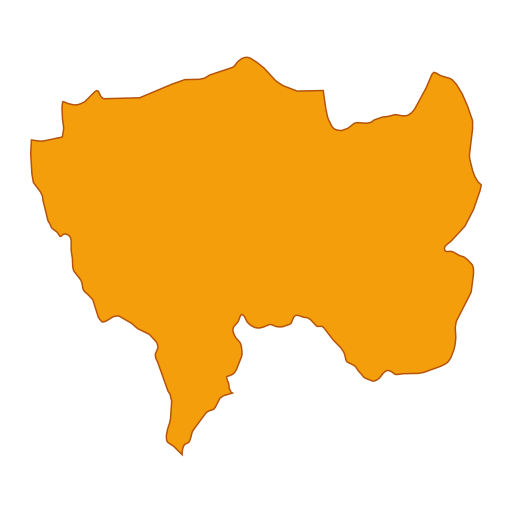 the Department of Junín
{"feature_id": "PER-590", "entity_name": "Junín", "entity_type": "Department", "adm_level": 1, "iso_a3": "PER", "parent_name": "Peru", "parent_adm1": "", "projection": "equal_earth", "projection_center": [-74.886, -11.684], "detail": "fine", "context": "isolated", "style": "filled", "palette": "amber", "viewbox_px": 512, "rotation_deg": 0, "n_neighbors": 0, "source": "natural_earth", "source_scale": "10m", "svg_char_len": 4028}
<svg xmlns="http://www.w3.org/2000/svg" viewBox="0 0 512 512"><path d="M481.3,184.9L480.0,190.7L473.5,209.6L464.9,226.2L451.2,241.0L446.2,245.1L445.1,246.4L444.4,248.0L444.7,250.2L445.7,251.2L447.0,251.6L450.3,251.3L452.1,251.6L453.6,252.2L459.4,255.5L463.8,256.9L465.1,257.8L467.7,259.9L471.7,264.1L472.4,265.1L473.0,266.7L473.4,268.6L473.5,270.7L473.5,274.1L471.3,291.0L470.9,292.7L456.6,320.7L456.0,322.6L455.4,326.8L455.3,328.5L455.8,337.0L455.5,341.3L454.9,345.6L453.9,349.8L451.1,357.1L450.2,358.7L448.3,361.5L447.1,362.7L445.8,363.7L440.9,366.2L423.7,372.4L418.4,373.4L403.5,373.7L397.3,374.5L395.2,374.4L394.0,373.6L393.4,373.0L391.2,371.5L388.8,370.6L387.5,370.5L386.5,370.7L385.1,371.6L383.2,373.2L379.5,378.0L377.3,379.7L374.7,380.9L373.3,381.1L372.1,380.9L365.8,378.4L364.3,377.5L363.0,376.3L360.9,373.6L358.6,371.2L355.7,366.8L354.6,365.9L353.1,364.9L348.1,362.5L346.9,361.7L346.5,361.0L346.1,360.2L345.8,359.4L345.1,356.1L344.2,353.2L343.6,351.9L340.9,347.9L333.2,339.9L323.8,327.7L322.3,326.5L321.4,326.4L317.0,326.4L310.4,319.6L307.8,317.8L304.0,317.3L298.0,315.4L296.6,315.3L295.6,315.5L294.9,315.9L294.3,316.5L293.4,317.8L292.5,319.8L291.5,322.5L290.9,323.4L289.9,324.2L282.5,326.8L279.2,326.9L277.0,326.7L274.9,326.1L273.2,325.2L270.8,324.5L269.0,324.7L263.3,327.1L259.6,328.0L257.2,327.9L255.1,327.6L252.2,326.2L250.3,324.9L249.2,324.0L248.1,323.0L247.0,321.7L244.4,316.5L243.4,315.3L241.8,314.4L240.8,315.3L240.0,316.7L239.1,319.3L238.5,320.8L237.7,322.2L234.4,326.0L233.4,327.4L232.9,329.1L233.0,331.1L233.5,333.0L234.2,334.8L236.0,338.0L239.4,341.7L240.4,343.2L241.0,345.0L241.5,347.1L242.0,351.7L242.0,354.0L241.7,356.2L236.6,369.2L235.7,370.8L234.6,372.5L233.0,374.1L230.0,375.5L227.7,376.2L226.9,376.5L226.6,376.9L226.9,378.9L227.1,379.8L228.7,383.4L229.2,388.1L229.5,388.9L230.6,391.4L231.0,392.0L231.3,392.3L232.5,393.0L223.3,395.8L219.8,398.4L215.4,407.1L213.9,409.1L212.1,409.9L210.0,410.5L207.4,411.7L205.6,413.4L194.5,428.3L192.9,430.8L191.9,432.9L190.7,437.9L189.7,440.8L188.6,442.4L187.1,443.3L185.8,443.8L184.2,444.9L183.4,446.6L182.7,448.7L182.1,452.6L182.1,454.7L173.9,446.5L168.4,442.8L167.2,441.6L166.5,439.3L166.3,436.0L167.4,429.8L169.6,422.9L170.5,418.7L171.7,401.3L170.0,394.1L168.0,391.1L157.5,361.7L155.7,358.1L155.3,354.3L158.1,347.2L157.2,343.7L156.5,342.1L149.4,334.4L138.0,328.8L134.1,325.6L132.9,324.4L131.6,323.3L119.8,316.5L118.0,315.9L114.9,316.3L112.9,316.9L105.9,321.2L103.3,322.0L101.8,321.7L99.7,319.3L98.3,317.1L92.8,299.7L87.8,294.4L85.0,292.0L83.8,290.6L82.9,288.7L81.9,282.8L80.8,280.0L74.2,271.5L73.3,269.6L72.7,266.6L72.4,258.7L71.1,249.9L71.2,241.0L70.8,238.5L70.0,236.7L68.4,235.1L65.2,233.8L63.4,234.3L61.0,236.4L59.9,236.4L58.2,233.7L56.8,231.9L53.2,229.3L51.5,227.6L50.2,224.6L47.9,220.5L43.0,200.4L42.5,196.2L40.6,192.1L33.4,182.5L31.9,173.9L30.7,153.7L31.4,140.0L39.8,141.1L43.4,141.0L62.3,137.0L63.6,129.4L63.5,126.3L62.5,119.1L62.0,108.5L62.3,104.0L62.9,101.7L63.6,101.7L64.5,102.0L65.2,102.4L66.4,102.8L67.8,103.5L73.9,104.9L77.4,104.8L81.0,103.6L85.0,101.6L94.8,91.7L96.6,90.6L98.1,91.0L98.9,92.4L100.5,95.8L101.5,97.1L102.5,98.1L103.4,98.5L104.3,98.7L139.6,97.8L172.4,84.0L185.0,79.6L199.5,79.3L204.7,78.1L209.7,75.0L232.5,67.4L234.5,66.0L236.8,62.8L238.5,61.0L241.8,58.6L244.3,57.6L247.0,57.3L249.0,57.7L250.7,58.4L256.4,62.0L264.2,68.2L274.9,79.9L277.2,81.9L283.1,85.7L297.2,91.1L323.2,90.5L325.9,109.3L327.4,116.3L328.2,118.9L332.2,127.0L334.3,128.9L337.1,130.1L341.4,130.6L347.5,128.5L350.3,126.5L352.5,124.6L354.6,123.2L357.3,122.6L365.8,123.2L369.0,122.8L371.4,122.1L374.1,120.0L382.0,117.2L384.2,116.8L386.5,116.7L391.1,115.7L393.3,115.0L395.5,114.6L402.2,115.8L406.6,115.7L408.8,114.7L411.0,113.2L413.0,111.2L414.9,108.7L426.1,88.0L431.8,74.6L433.7,72.4L435.9,72.9L439.1,74.9L442.3,76.2L449.2,78.2L450.8,78.9L452.2,79.8L454.5,82.2L456.7,84.8L462.2,93.9L467.5,106.0L472.4,120.2L472.6,121.5L472.6,128.8L469.4,155.0L469.5,156.9L469.8,159.3L472.8,171.3L475.0,176.9L478.3,182.2L481.3,184.9Z" fill="#f59e0b" stroke="#b45309" stroke-width="1.5"/></svg>